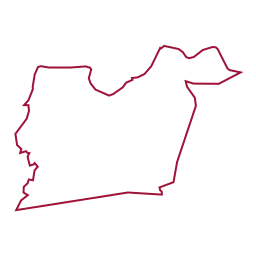 Lucan Lea-5, South Dublin, Ireland
{"feature_id": "5873133B65409503618015", "entity_name": "Lucan Lea-5", "entity_type": "district", "adm_level": 2, "iso_a3": "IRL", "parent_name": "Ireland", "parent_adm1": "South Dublin", "projection": "mercator", "projection_center": [-6.46, 53.348], "detail": "fine", "context": "isolated", "style": "outline", "palette": "rose", "viewbox_px": 256, "rotation_deg": 0, "n_neighbors": 0, "source": "geoboundaries", "source_scale": "gbopen_adm2", "svg_char_len": 979}
<svg xmlns="http://www.w3.org/2000/svg" viewBox="0 0 256 256"><path d="M240.6,72.4L229.6,70.1L227.5,68.5L217.7,49.1L215.8,47.3L212.5,47.0L202.8,50.0L193.8,57.0L189.2,58.2L186.2,57.1L182.8,52.1L178.5,49.0L164.1,45.9L160.9,48.5L160.2,47.9L151.2,66.3L144.5,74.0L137.6,77.4L132.0,78.0L132.5,79.8L126.0,82.8L122.7,87.4L113.3,94.0L109.1,95.6L95.5,89.6L90.6,83.4L88.8,78.2L91.2,69.5L90.0,67.7L85.8,66.4L70.9,67.5L48.7,67.5L41.0,66.2L38.0,67.0L34.7,74.5L32.7,86.9L32.7,87.1L32.9,89.0L28.6,100.0L24.1,105.1L28.4,105.2L29.0,110.8L26.7,118.7L15.4,133.9L17.1,145.1L21.3,149.0L20.2,153.0L26.0,151.2L27.8,153.1L29.3,153.1L27.6,156.8L29.8,165.6L33.7,164.4L34.7,163.0L37.7,166.7L34.6,170.3L33.0,180.2L28.8,179.5L27.6,183.3L23.8,186.8L23.5,192.5L27.8,195.1L21.1,200.4L16.2,210.1L127.9,192.5L161.8,194.6L161.8,191.8L160.1,190.1L159.5,187.4L173.5,182.2L177.1,162.0L195.9,105.8L194.8,97.7L187.0,86.7L185.7,81.2L193.6,83.6L218.8,83.8L240.6,72.4Z" fill="none" stroke="#9f1239" stroke-width="2"/></svg>